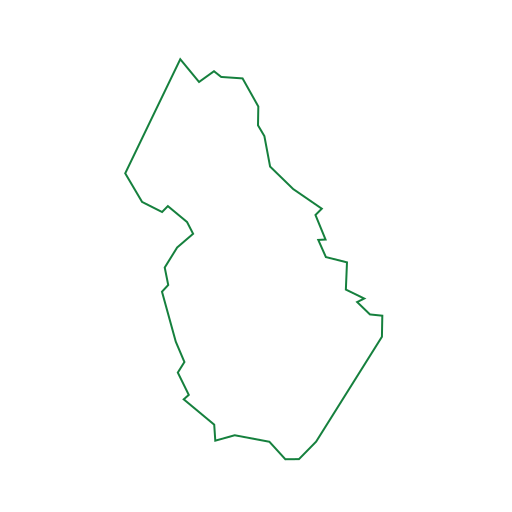 outline of Calhoun, West Virginia, United States of America, rotated 169°
{"feature_id": "52423323B5856421301049", "entity_name": "Calhoun", "entity_type": "district", "adm_level": 2, "iso_a3": "USA", "parent_name": "United States of America", "parent_adm1": "West Virginia", "projection": "natural_earth1", "projection_center": [-81.116, 38.829], "detail": "fine", "context": "isolated", "style": "outline", "palette": "green", "viewbox_px": 512, "rotation_deg": 169, "n_neighbors": 0, "source": "geoboundaries", "source_scale": "gbopen_adm2", "svg_char_len": 710}
<svg xmlns="http://www.w3.org/2000/svg" viewBox="0 0 512 512"><g transform="rotate(169 256 256)"><path d="M331.2,82.5L311.1,84.1L278.3,71.1L266.0,50.9L252.6,48.4L232.4,62.3L147.8,152.7L143.4,173.3L155.3,176.9L165.5,191.5L157.9,193.6L174.2,205.9L167.9,232.4L187.6,241.6L191.8,259.9L184.6,258.9L189.8,284.9L182.4,289.9L206.7,314.6L225.1,341.1L224.9,372.1L229.1,383.9L225.2,402.3L235.3,432.9L256.0,438.4L262.0,445.4L278.7,437.7L292.8,463.6L332.8,410.1L368.6,362.1L357.5,330.8L339.8,317.1L333.0,321.8L317.2,302.5L313.5,289.8L331.8,279.4L347.8,262.1L347.7,244.3L355.1,238.9L351.1,187.2L346.5,165.6L355.0,156.5L348.5,132.5L354.3,129.1L329.2,98.4L331.2,82.5Z" fill="none" stroke="#15803d" stroke-width="2"/></g></svg>